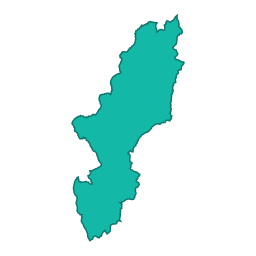 outline of Castilla, Arequipa, Peru
{"feature_id": "86281439B71643834845538", "entity_name": "Castilla", "entity_type": "district", "adm_level": 2, "iso_a3": "PER", "parent_name": "Peru", "parent_adm1": "Arequipa", "projection": "albers", "projection_center": [-72.31, -15.634], "detail": "fine", "context": "isolated", "style": "filled", "palette": "teal", "viewbox_px": 256, "rotation_deg": 0, "n_neighbors": 0, "source": "geoboundaries", "source_scale": "gbopen_adm2", "svg_char_len": 5782}
<svg xmlns="http://www.w3.org/2000/svg" viewBox="0 0 256 256"><path d="M107.1,233.9L110.1,231.4L110.3,226.6L111.0,224.9L112.6,224.0L115.9,223.9L116.9,222.8L116.9,221.8L117.4,221.7L117.9,221.0L118.6,220.6L120.5,221.2L119.5,219.6L120.4,214.5L120.1,213.7L120.4,213.2L120.5,210.8L120.2,209.6L121.7,208.3L121.6,205.1L122.0,204.6L121.8,203.9L121.0,203.5L120.6,202.7L120.3,202.6L122.3,202.1L124.5,200.8L126.3,199.4L127.3,199.1L128.7,198.9L132.0,199.5L133.1,199.4L133.7,199.0L134.4,197.9L134.5,197.1L134.9,196.8L134.7,196.2L135.1,195.0L135.8,194.2L136.0,193.3L135.4,191.2L135.5,189.4L135.3,188.8L135.8,188.0L136.6,187.4L137.4,187.3L138.0,186.3L138.6,185.8L139.3,184.2L138.3,182.5L136.7,181.7L136.2,180.8L136.5,179.6L137.2,179.3L137.8,178.2L137.9,176.8L139.4,175.8L139.8,174.3L138.9,174.1L137.4,172.5L135.3,171.6L134.4,171.7L133.8,171.5L132.2,170.1L130.6,169.4L130.2,168.9L130.1,168.6L130.9,167.0L130.7,166.3L131.3,163.9L132.1,163.1L130.9,162.0L129.9,161.7L129.7,158.6L130.1,157.3L129.9,156.8L130.1,155.5L129.5,154.3L128.0,153.6L127.9,153.2L128.9,152.7L129.2,151.6L130.0,151.1L130.3,151.1L130.6,150.6L131.6,151.3L131.6,151.7L133.0,151.8L133.1,149.6L132.9,149.2L133.5,148.2L133.6,147.6L135.4,145.7L135.4,145.4L135.9,145.3L135.8,144.4L137.3,142.8L137.2,141.5L138.2,140.6L138.3,139.6L139.8,137.2L140.9,136.3L142.0,134.7L142.7,134.5L145.3,132.7L145.9,132.7L146.7,132.1L147.4,132.1L148.4,131.5L151.1,128.7L151.7,127.2L154.0,125.3L154.8,124.9L155.1,124.4L156.9,123.7L158.4,123.8L159.3,124.3L160.5,123.9L161.8,122.7L163.6,122.6L164.1,122.3L165.0,122.4L166.1,120.4L167.9,120.2L169.2,120.7L170.1,120.6L170.2,119.7L170.9,119.2L171.4,118.2L171.1,117.2L171.7,116.6L171.8,116.0L170.7,115.4L170.6,113.8L169.9,113.2L170.5,112.7L170.1,112.1L170.9,111.2L171.1,109.1L171.2,108.4L170.6,108.0L170.6,106.5L171.0,105.5L170.6,105.2L170.7,104.2L170.4,103.6L170.9,102.4L170.7,101.6L171.4,100.7L171.1,98.8L171.4,98.2L171.6,96.1L171.3,94.9L172.2,94.1L172.5,93.5L172.5,91.6L173.0,91.4L173.2,90.6L172.5,89.3L172.8,89.0L172.6,86.6L172.8,86.1L173.5,85.4L173.5,84.2L174.1,83.0L175.7,82.4L175.3,79.6L176.2,77.5L176.1,76.3L176.8,74.3L178.3,73.3L177.9,70.5L181.2,69.5L181.1,68.2L181.6,66.1L183.5,64.0L184.0,62.5L183.8,62.1L183.3,61.9L182.2,62.1L178.4,60.0L177.0,59.8L175.9,59.2L174.9,58.2L174.8,57.4L177.0,55.3L177.8,54.0L176.6,51.5L176.2,50.1L174.0,49.5L173.3,48.6L173.0,47.6L173.3,46.9L174.0,46.1L176.0,44.3L176.5,43.1L177.0,39.1L177.0,37.2L178.0,35.3L179.0,35.2L179.2,34.3L179.8,33.6L181.4,33.9L182.4,32.3L181.5,29.2L180.3,28.4L180.0,27.4L178.9,27.0L178.6,26.6L179.1,25.1L178.4,21.0L177.0,19.4L177.2,18.0L176.9,17.3L177.2,15.4L175.6,16.6L175.1,17.8L174.4,18.4L173.9,19.9L171.8,20.9L170.4,22.2L170.0,22.3L167.9,21.0L166.8,20.9L165.9,22.6L166.0,24.0L164.8,24.6L164.3,25.2L164.7,25.6L164.5,26.1L165.0,28.5L164.4,30.1L163.2,30.2L162.2,29.6L160.8,29.5L159.7,29.8L156.7,32.0L156.6,29.3L155.7,26.7L155.8,24.7L157.1,22.9L155.6,22.5L154.3,22.6L151.8,21.9L150.9,22.0L150.2,21.5L148.6,22.2L147.9,22.7L148.0,23.6L146.4,23.9L146.0,24.5L145.5,24.3L145.2,24.8L144.2,24.9L143.2,25.6L142.1,25.7L141.9,25.4L141.8,25.8L141.5,25.8L141.6,26.1L141.3,26.0L140.7,27.0L139.8,27.6L139.6,28.6L138.0,29.1L137.3,30.4L136.0,30.7L135.8,31.1L135.8,32.5L134.9,33.7L135.6,34.5L135.3,36.4L135.9,38.3L135.1,42.1L134.4,43.6L134.4,44.4L133.6,44.8L133.4,45.2L131.7,46.5L131.5,47.5L130.7,47.9L130.1,47.8L129.8,48.6L129.5,48.6L129.5,49.0L128.4,49.8L128.4,50.3L127.3,51.7L125.9,52.0L123.3,51.8L122.4,51.9L121.7,52.8L121.5,53.9L120.6,54.1L120.1,55.3L119.8,55.5L120.2,57.6L121.4,57.9L121.7,58.2L121.5,59.2L121.8,60.0L121.5,61.2L121.1,61.4L120.6,62.3L120.8,63.0L119.5,64.9L119.1,66.3L119.5,67.0L119.3,67.3L119.7,69.1L119.8,71.0L120.5,71.4L120.5,72.1L120.8,72.2L120.8,72.6L119.3,73.7L118.4,73.7L115.6,75.0L115.2,75.8L114.4,75.9L113.3,76.6L112.2,78.1L110.9,80.6L110.6,82.2L110.9,83.3L110.6,83.8L111.2,84.3L111.0,85.0L111.6,85.8L111.8,88.0L112.0,88.3L111.7,88.8L112.3,90.5L111.6,90.8L111.2,91.6L111.2,93.1L110.8,93.4L110.5,94.6L109.0,93.3L107.8,93.2L104.3,93.9L103.8,94.3L100.8,94.7L99.8,95.7L99.3,97.4L99.5,98.1L99.1,98.4L99.4,99.3L99.2,100.4L100.3,102.2L100.3,103.8L101.2,105.0L101.3,106.0L100.2,108.6L98.8,109.8L97.4,112.5L96.4,113.9L95.5,114.7L94.5,115.0L93.7,114.3L92.8,114.5L90.9,116.2L88.4,116.2L87.7,117.5L86.5,117.0L84.9,117.5L84.1,117.1L83.5,116.2L81.1,115.9L80.5,115.6L79.9,116.2L78.4,116.4L77.4,117.4L76.5,117.3L76.0,118.0L74.8,118.8L72.6,121.6L72.0,123.7L73.7,126.0L73.9,127.2L74.9,128.0L74.6,130.1L74.7,131.1L74.9,131.3L75.8,131.5L77.4,133.1L77.9,134.5L77.9,135.2L78.6,136.2L79.1,137.7L80.1,138.8L80.6,138.9L81.8,138.4L82.2,138.8L82.5,138.7L82.8,138.2L83.2,138.2L83.4,137.4L84.2,138.4L85.4,137.7L86.5,140.4L88.4,141.3L88.4,141.9L89.9,144.0L90.4,146.2L91.6,147.6L92.3,149.4L93.6,151.1L95.2,151.6L96.4,152.9L96.7,153.6L96.8,154.7L98.1,158.1L98.6,160.3L100.5,162.8L101.4,164.3L101.2,165.4L99.9,166.9L98.5,167.4L96.5,168.8L95.5,168.8L94.7,169.5L93.6,169.8L91.7,170.9L89.9,170.8L90.6,172.7L90.2,174.5L89.9,174.8L87.9,175.9L88.3,176.4L88.6,178.0L90.9,179.4L91.2,180.5L90.8,181.1L91.7,182.3L92.3,183.8L91.0,184.1L89.5,183.7L88.4,182.2L87.4,182.2L85.9,181.5L83.4,182.1L82.2,182.2L80.4,181.9L80.2,182.3L78.8,181.2L78.7,179.1L78.2,178.5L78.2,177.1L77.1,177.5L76.6,179.3L75.7,179.6L74.5,182.6L74.3,184.5L74.0,185.1L73.5,187.4L73.5,188.7L74.2,192.8L75.3,195.1L77.1,196.8L76.9,198.0L77.1,199.2L76.1,203.0L77.4,207.0L77.3,209.4L77.0,210.7L78.4,213.1L79.6,213.6L80.1,214.7L82.0,214.8L81.6,215.8L81.8,217.4L81.3,221.1L81.9,222.5L83.2,224.4L84.3,227.4L86.2,230.0L86.6,231.5L87.5,233.4L87.8,236.8L89.8,240.6L90.6,240.4L91.3,239.5L92.5,239.3L92.7,238.1L94.4,236.0L95.9,236.0L98.0,237.7L99.4,237.7L99.8,236.8L100.9,236.3L101.5,235.7L102.2,233.2L104.8,230.3L105.0,230.3L105.0,231.1L105.4,231.8L106.0,232.2L107.1,233.9Z" fill="#14b8a6" stroke="#0f766e" stroke-width="1.5"/></svg>